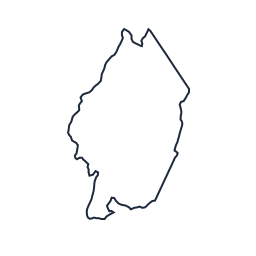 Floresta Azul, Bahia, Brazil (Robinson projection), rotated 24°
{"feature_id": "56859067B86811089871077", "entity_name": "Floresta Azul", "entity_type": "district", "adm_level": 2, "iso_a3": "BRA", "parent_name": "Brazil", "parent_adm1": "Bahia", "projection": "robinson", "projection_center": [-39.728, -14.846], "detail": "fine", "context": "isolated", "style": "outline", "palette": "slate", "viewbox_px": 256, "rotation_deg": 24, "n_neighbors": 0, "source": "geoboundaries", "source_scale": "gbopen_adm2", "svg_char_len": 2041}
<svg xmlns="http://www.w3.org/2000/svg" viewBox="0 0 256 256"><g transform="rotate(24 128 128)"><path d="M106.5,29.5L106.5,32.1L106.4,34.9L106.3,37.6L105.0,39.9L104.8,43.1L106.7,44.9L107.3,47.6L105.0,47.8L102.8,47.6L100.3,47.6L97.3,47.2L94.8,45.0L93.7,42.1L89.9,39.8L87.0,39.4L84.2,39.2L83.4,42.7L84.7,45.7L86.7,47.8L86.8,50.2L86.7,54.5L86.3,57.9L86.4,60.6L86.4,63.2L85.9,66.6L84.0,69.1L82.9,72.2L82.4,74.3L81.6,76.6L81.5,80.1L82.1,82.6L82.2,86.4L82.1,89.4L83.2,92.8L84.0,96.0L82.7,99.7L81.0,102.8L80.0,105.4L79.6,108.1L78.2,111.1L76.0,113.0L73.2,115.7L72.2,119.3L74.9,122.2L74.2,125.0L73.9,127.4L75.1,129.4L76.2,131.6L75.3,134.1L73.9,137.0L72.9,140.2L73.6,144.9L73.2,149.6L74.4,153.5L75.2,156.7L77.2,158.4L79.4,159.3L81.9,162.1L84.0,162.4L86.7,162.7L89.1,164.0L90.0,166.8L90.8,170.0L91.3,172.4L90.6,174.7L92.0,176.7L94.0,177.3L96.0,174.7L98.2,173.9L99.9,175.0L101.9,175.5L104.4,176.5L106.4,177.1L106.9,180.0L108.9,181.9L110.0,184.5L112.2,187.2L114.9,185.0L115.9,180.6L118.8,180.8L119.6,183.5L119.0,185.9L119.2,189.8L119.8,192.4L120.9,195.2L122.1,199.1L122.7,202.5L123.1,205.3L123.6,207.8L123.6,212.1L123.5,215.5L123.6,218.5L124.3,221.2L126.2,224.6L127.9,226.1L130.0,226.5L131.9,225.2L133.3,223.7L135.7,223.3L137.9,222.3L140.9,221.9L143.6,220.7L144.4,217.5L146.5,214.4L149.2,211.0L146.5,210.5L144.9,211.7L142.6,209.8L140.4,207.7L141.1,204.5L141.7,201.5L141.4,198.3L144.0,197.6L146.7,199.5L150.1,200.8L153.2,200.8L157.4,199.8L161.0,200.0L163.7,201.1L166.2,198.3L168.5,196.9L170.5,195.1L173.5,195.1L175.7,193.7L176.7,191.8L177.5,189.4L178.6,187.1L180.0,184.7L182.2,183.4L183.0,138.5L182.9,136.3L183.8,133.5L183.7,130.8L181.7,130.0L179.7,129.7L179.2,127.3L178.8,124.0L178.9,120.8L178.4,118.3L178.2,115.8L177.7,113.4L177.3,110.9L176.9,107.8L176.5,104.6L176.0,102.1L174.4,100.0L172.6,98.9L171.3,95.7L170.9,93.5L170.1,91.3L167.1,87.2L165.7,85.6L165.8,82.6L167.9,80.8L168.5,76.8L168.7,73.7L169.2,70.6L167.9,67.5L158.1,61.3L145.0,53.0L136.9,47.8L134.3,46.1L128.6,42.6L108.9,30.2L106.5,29.5Z" fill="none" stroke="#1e293b" stroke-width="2"/></g></svg>